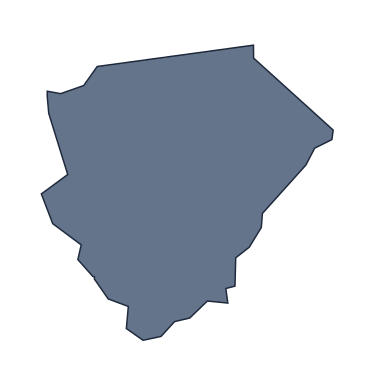 outline of Greene, North Carolina, United States of America, rotated 81°
{"feature_id": "52423323B20033821816181", "entity_name": "Greene", "entity_type": "district", "adm_level": 2, "iso_a3": "USA", "parent_name": "United States of America", "parent_adm1": "North Carolina", "projection": "natural_earth1", "projection_center": [-77.628, 35.5], "detail": "fine", "context": "isolated", "style": "filled", "palette": "slate", "viewbox_px": 384, "rotation_deg": 81, "n_neighbors": 0, "source": "geoboundaries", "source_scale": "gbopen_adm2", "svg_char_len": 637}
<svg xmlns="http://www.w3.org/2000/svg" viewBox="0 0 384 384"><g transform="rotate(81 192 192)"><path d="M330.8,263.5L329.8,245.2L317.3,229.5L316.1,213.9L302.1,193.9L307.3,174.0L292.6,173.7L291.7,164.3L263.8,159.1L255.5,144.1L237.9,129.1L224.2,125.8L183.1,75.2L167.9,64.0L162.1,45.6L152.9,42.9L69.4,110.2L56.6,108.3L56.3,121.3L53.2,266.0L69.9,282.3L74.3,306.4L69.8,319.2L74.8,320.0L91.9,321.2L134.1,315.1L155.3,312.0L170.3,341.1L201.5,334.5L226.9,309.7L240.9,315.3L260.0,303.1L260.3,301.8L260.9,301.7L262.9,302.0L266.0,300.4L284.5,291.5L295.1,272.8L316.6,278.2L330.8,263.5Z" fill="#64748b" stroke="#1e293b" stroke-width="1.5"/></g></svg>